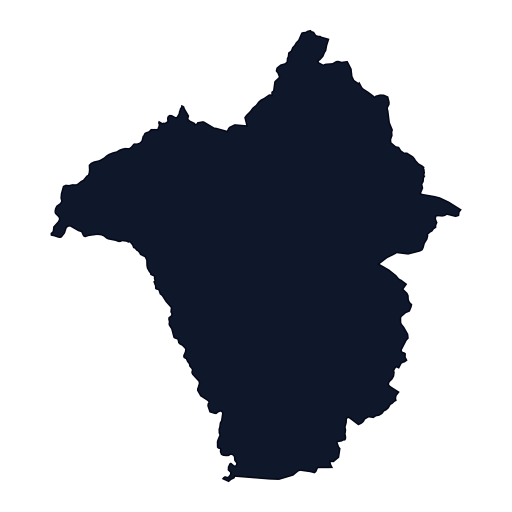 Dak Song, Đắk Nông, Vietnam
{"feature_id": "81297802B66581332316021", "entity_name": "Dak Song", "entity_type": "district", "adm_level": 2, "iso_a3": "VNM", "parent_name": "Vietnam", "parent_adm1": "Đắk Nông", "projection": "orthographic", "projection_center": [107.617, 12.233], "detail": "fine", "context": "isolated", "style": "filled", "palette": "ink", "viewbox_px": 512, "rotation_deg": 0, "n_neighbors": 0, "source": "geoboundaries", "source_scale": "gbopen_adm2", "svg_char_len": 6007}
<svg xmlns="http://www.w3.org/2000/svg" viewBox="0 0 512 512"><path d="M458.5,215.4L459.0,211.9L460.7,209.8L448.8,202.3L439.7,198.0L434.7,196.7L422.0,194.5L420.2,193.5L422.5,188.1L421.6,184.1L423.1,181.5L423.4,177.8L424.4,176.2L423.6,175.8L424.3,172.2L423.9,171.3L424.0,169.8L423.3,168.9L423.7,167.4L421.8,165.9L418.4,164.0L415.2,160.5L414.6,159.2L412.7,156.9L406.8,153.2L404.0,153.3L400.7,150.9L398.6,147.5L395.6,146.9L390.9,142.9L390.7,142.4L390.5,139.4L391.9,135.5L391.6,132.1L392.2,130.0L389.2,122.7L387.7,110.4L387.2,109.5L387.3,107.5L388.9,104.4L389.0,102.3L387.7,97.0L383.8,95.3L380.2,95.1L376.0,96.2L374.3,97.5L373.1,96.1L368.0,92.3L363.0,89.1L361.6,87.6L359.2,83.0L358.5,83.8L353.7,80.5L351.8,76.4L351.0,69.1L347.2,61.7L341.4,62.5L338.8,61.6L337.1,61.5L336.1,61.8L332.7,63.8L326.0,64.3L324.5,64.7L323.3,65.4L318.7,62.9L318.0,62.1L318.3,60.6L319.8,59.6L322.8,56.3L324.4,52.4L325.6,50.6L326.6,45.3L328.5,39.3L321.3,37.3L320.1,36.5L318.3,36.5L316.1,35.8L315.4,35.3L313.6,32.5L312.5,32.0L311.4,31.9L310.5,30.7L307.5,31.4L305.9,32.5L303.3,32.7L301.9,33.2L298.7,40.5L296.5,42.6L294.8,45.5L292.8,47.6L291.4,51.1L288.8,53.0L288.4,56.7L287.5,58.5L287.3,61.9L285.4,63.8L280.8,65.1L277.2,68.0L276.5,70.3L276.5,71.1L278.0,72.9L279.6,77.0L279.0,77.9L275.1,81.6L274.9,82.2L273.8,90.2L273.6,91.0L272.0,92.3L272.1,95.5L270.1,95.0L269.2,95.1L264.3,98.5L261.1,100.1L258.8,102.1L256.4,105.4L253.0,108.1L250.6,111.4L246.6,115.4L245.0,117.6L247.1,126.0L234.8,124.9L229.7,127.4L228.8,128.4L227.3,131.5L216.0,128.4L214.2,128.3L203.8,122.1L202.9,121.9L197.8,122.8L197.7,123.8L194.7,124.7L194.2,123.3L189.6,121.1L188.0,119.6L187.7,118.7L188.4,116.0L184.2,108.8L183.7,107.1L182.7,106.3L181.8,106.0L181.8,107.1L180.5,108.9L180.2,110.4L179.6,111.6L179.3,113.7L177.1,117.6L175.2,117.7L171.6,115.7L169.6,115.6L168.3,116.6L167.7,118.3L168.0,121.6L165.1,123.5L163.7,123.3L162.5,123.8L159.1,121.9L158.8,123.0L159.4,124.4L159.3,125.3L158.9,127.2L158.3,128.1L158.1,129.5L157.7,129.7L151.2,129.7L149.2,131.8L145.4,133.2L144.6,134.1L144.1,135.7L143.3,136.3L142.0,141.2L140.0,143.2L137.0,144.2L134.4,144.1L133.8,144.4L131.6,147.1L129.7,148.6L128.3,148.8L125.2,148.6L122.5,149.2L119.7,150.2L116.8,152.0L113.1,152.9L108.8,154.6L106.4,156.2L104.5,158.0L100.3,160.4L98.5,161.1L94.3,162.0L91.4,163.3L89.4,165.3L89.6,170.0L89.3,172.9L88.5,175.4L87.0,176.1L83.5,180.4L81.1,181.6L78.1,184.1L76.3,185.0L72.4,184.9L69.1,185.7L65.8,185.4L63.5,186.5L61.5,193.7L61.1,198.1L61.8,200.6L61.6,201.9L60.5,203.6L56.9,206.2L55.7,208.6L55.3,210.4L55.2,212.1L55.6,213.4L58.8,216.6L59.5,217.9L59.6,219.5L58.5,221.8L53.9,226.9L53.4,230.9L52.8,232.2L51.3,233.4L51.3,234.6L51.4,235.1L54.4,235.7L58.2,237.0L59.9,237.3L61.3,236.9L64.4,232.9L66.0,228.0L66.6,227.1L68.4,226.0L70.2,225.8L78.6,230.6L81.0,231.3L81.9,231.9L83.6,235.7L84.5,236.3L85.2,236.5L88.5,235.4L96.5,234.3L99.3,234.4L101.6,234.8L104.0,235.8L106.8,238.1L108.3,238.8L115.4,240.2L118.8,241.4L120.4,241.3L122.2,240.5L126.8,241.1L128.4,242.0L130.1,241.6L132.8,245.0L133.7,247.5L135.3,248.1L136.7,250.0L137.9,250.6L139.5,252.3L140.6,254.4L145.3,256.7L146.9,260.1L147.0,265.2L147.5,268.0L149.5,271.7L149.8,271.7L150.6,272.9L150.9,274.4L154.0,275.8L154.7,276.6L154.5,278.4L155.1,280.4L155.0,281.0L154.1,281.8L155.7,286.0L155.7,288.3L156.3,288.9L158.3,289.4L159.1,290.1L160.3,293.8L162.3,295.4L166.2,301.5L171.5,307.5L171.0,311.9L171.9,313.3L171.9,314.9L171.5,315.9L169.1,317.7L168.9,319.2L169.5,321.5L169.2,324.2L169.6,325.4L171.8,328.7L174.0,337.2L174.4,337.7L177.7,338.9L178.2,339.7L178.8,342.6L179.9,343.8L182.5,345.2L185.9,348.8L185.5,351.9L183.9,355.5L183.9,356.9L184.4,357.6L186.3,358.5L187.7,361.5L189.5,363.8L189.9,366.1L192.3,368.8L192.5,370.0L192.0,372.5L192.7,374.2L199.1,381.2L199.5,383.3L198.3,387.6L197.8,388.6L197.7,390.3L200.8,395.8L207.7,400.2L209.1,401.7L209.1,402.6L208.2,404.0L208.0,405.8L210.0,411.8L214.8,413.3L216.1,413.4L217.9,411.9L220.0,411.0L221.0,411.0L222.0,411.6L222.8,413.0L221.7,420.6L220.4,423.0L219.9,427.0L219.2,429.3L219.3,433.0L219.9,434.1L220.0,435.3L217.9,440.3L217.5,441.9L217.6,447.1L218.5,448.0L220.8,448.6L220.5,451.7L221.5,454.3L223.3,455.2L226.2,455.5L228.5,455.4L230.2,454.3L230.9,454.2L231.8,454.2L233.6,455.2L234.5,456.6L234.9,460.4L237.0,463.1L236.3,465.6L235.3,466.3L234.2,466.1L232.9,465.2L231.1,463.6L230.4,463.5L230.0,463.9L228.5,467.1L228.4,469.9L230.7,472.2L230.8,473.9L230.5,474.8L228.5,477.3L227.3,477.6L225.1,476.9L223.8,477.7L223.0,478.7L228.6,481.3L230.9,479.3L233.9,477.9L234.8,476.1L269.9,478.9L278.9,479.2L293.0,475.0L297.9,470.9L300.1,470.1L310.2,471.5L314.5,472.6L315.8,471.4L317.5,467.5L331.9,467.4L330.7,465.1L330.0,462.7L329.9,461.4L333.4,461.5L338.5,457.2L339.8,448.6L338.6,447.2L336.7,442.1L337.9,441.5L341.3,440.9L343.3,439.9L344.7,439.8L345.4,438.8L345.5,436.8L344.9,434.0L345.5,430.1L344.9,427.1L346.1,422.7L346.3,419.0L347.2,417.5L348.4,417.3L350.0,418.1L358.4,424.5L361.0,423.3L362.7,422.0L363.8,420.6L364.4,419.1L368.1,416.9L369.0,416.7L373.3,417.4L375.8,415.7L379.0,415.1L381.5,413.6L382.4,412.8L383.5,411.0L385.8,409.9L388.2,407.8L390.2,404.2L391.8,403.5L394.4,401.1L395.9,400.4L395.4,398.2L396.0,395.4L398.6,392.1L390.9,387.2L389.3,386.0L388.2,384.3L389.1,381.7L391.8,379.1L393.5,376.1L394.0,372.5L393.5,370.4L395.6,366.9L396.8,366.9L398.7,367.8L401.1,363.1L403.3,362.0L404.4,361.8L406.6,360.2L405.0,357.2L405.2,353.8L404.2,353.0L402.3,352.5L401.1,351.0L401.4,349.3L406.1,340.2L408.0,338.1L407.6,334.3L403.6,327.2L401.6,324.8L400.6,322.9L400.5,318.1L400.9,316.6L405.5,312.6L409.3,311.0L411.0,306.9L411.5,304.5L410.2,303.5L408.8,301.5L408.1,299.1L408.0,295.8L406.9,293.4L402.6,289.2L406.2,284.2L401.1,280.4L398.5,279.0L395.8,275.7L388.8,270.1L378.4,264.1L386.8,257.6L394.7,253.7L396.6,252.5L408.1,253.9L419.8,250.9L421.7,249.9L422.2,249.5L423.1,247.4L424.2,243.3L426.8,239.1L427.6,235.8L427.3,234.3L429.9,232.0L432.0,230.8L433.3,228.8L435.6,227.3L435.6,225.2L436.7,222.6L435.2,218.9L435.9,215.8L438.4,215.6L442.2,215.9L444.6,215.4L446.8,214.1L455.6,216.3L458.5,215.4Z" fill="#0f172a" stroke="#020617" stroke-width="1.5"/></svg>